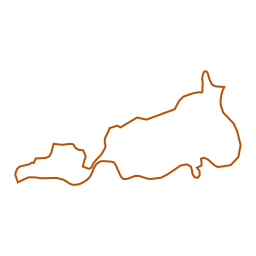 the District of Samdrup Jongkhar
{"feature_id": "BTN-2492", "entity_name": "Samdrup Jongkhar", "entity_type": "District", "adm_level": 1, "iso_a3": "BTN", "parent_name": "Bhutan", "parent_adm1": "", "projection": "robinson", "projection_center": [91.574, 27.008], "detail": "fine", "context": "isolated", "style": "outline", "palette": "amber", "viewbox_px": 256, "rotation_deg": 0, "n_neighbors": 0, "source": "natural_earth", "source_scale": "10m", "svg_char_len": 1734}
<svg xmlns="http://www.w3.org/2000/svg" viewBox="0 0 256 256"><path d="M239.9,148.9L238.3,157.1L230.7,165.1L218.0,167.1L214.4,165.3L207.8,159.4L204.1,157.8L201.0,158.7L201.5,161.9L201.5,165.5L197.0,167.7L199.5,171.0L199.7,175.0L198.0,177.7L194.7,177.3L192.5,174.0L191.9,170.0L190.8,166.5L186.9,164.3L180.6,165.5L167.4,174.5L161.3,177.6L151.2,179.0L147.9,178.7L138.7,175.9L135.0,176.0L127.4,178.8L123.5,179.1L120.8,176.5L116.0,165.7L114.1,162.5L111.1,161.6L102.7,161.1L99.8,161.6L96.1,164.3L93.9,168.1L92.2,172.5L89.8,177.0L87.1,179.8L83.9,182.0L80.4,183.7L76.9,184.7L72.7,184.8L69.7,183.6L63.6,179.7L56.5,177.9L41.7,178.3L34.4,177.3L28.2,177.4L17.9,182.3L17.9,182.2L15.4,175.2L15.4,174.2L15.5,173.2L16.1,171.6L16.5,170.2L17.5,168.4L19.0,167.2L20.2,166.4L29.3,164.3L31.9,162.6L32.4,162.6L33.2,162.9L33.8,163.0L35.7,158.5L45.5,158.0L49.1,156.5L51.3,152.8L53.6,143.9L56.5,144.2L62.3,144.8L70.4,143.8L72.4,144.1L73.6,144.7L74.8,147.1L76.3,148.4L78.3,149.8L83.1,150.2L85.6,156.0L85.5,157.1L85.3,158.3L84.6,159.3L82.8,166.5L88.6,168.8L91.3,167.8L93.4,163.2L95.2,161.1L96.8,159.2L99.0,157.0L101.8,153.8L104.8,148.5L105.5,146.6L105.4,145.1L104.7,141.8L104.9,139.2L105.3,137.6L108.9,130.3L109.5,128.2L117.4,125.6L120.3,127.4L120.5,127.4L137.1,117.5L146.5,119.6L174.7,109.2L179.3,100.5L183.6,96.5L193.3,93.2L198.6,92.3L201.6,92.5L202.1,92.1L202.3,91.2L202.7,83.4L202.2,78.9L202.7,75.2L203.8,72.3L204.7,71.4L205.8,71.2L206.8,71.9L207.5,72.8L207.9,74.0L209.0,77.9L209.5,79.3L210.7,81.8L211.0,82.8L211.5,83.8L212.5,84.8L214.2,85.8L216.0,86.3L217.9,86.6L223.8,86.9L224.3,87.0L223.8,87.9L222.3,91.4L221.2,95.6L220.6,100.1L220.6,104.6L223.1,112.5L233.5,123.3L237.1,131.1L240.6,145.1L239.9,148.9Z" fill="none" stroke="#b45309" stroke-width="2"/></svg>